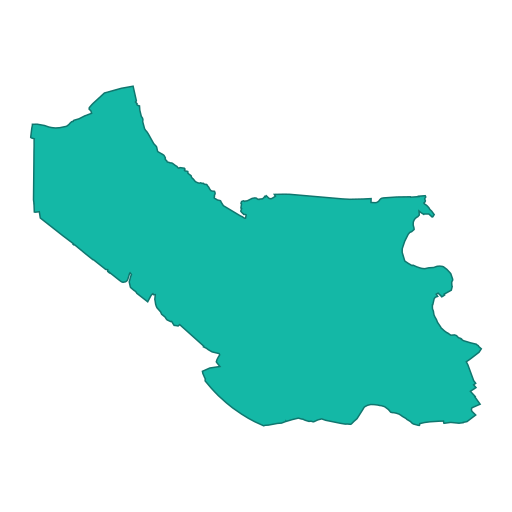 Montferland, Gelderland, Netherlands
{"feature_id": "6326949B90977500398075", "entity_name": "Montferland", "entity_type": "district", "adm_level": 2, "iso_a3": "NLD", "parent_name": "Netherlands", "parent_adm1": "Gelderland", "projection": "mercator", "projection_center": [6.215, 51.924], "detail": "fine", "context": "isolated", "style": "filled", "palette": "teal", "viewbox_px": 512, "rotation_deg": 0, "n_neighbors": 0, "source": "geoboundaries", "source_scale": "gbopen_adm2", "svg_char_len": 5977}
<svg xmlns="http://www.w3.org/2000/svg" viewBox="0 0 512 512"><path d="M133.1,86.2L121.3,88.3L104.4,93.0L93.3,103.2L91.9,104.6L89.3,107.6L89.1,109.1L91.0,111.0L91.6,113.3L84.7,115.9L79.0,118.8L73.9,120.3L73.5,120.7L73.1,121.1L73.1,121.4L71.7,121.7L70.4,122.8L68.8,124.6L66.5,126.3L59.8,127.7L55.5,128.0L51.8,127.6L48.8,127.0L44.5,125.5L37.2,124.2L32.4,124.3L32.4,124.7L32.3,125.8L31.8,128.1L30.7,137.3L30.8,137.5L31.6,138.0L34.3,138.8L34.2,139.1L34.1,140.2L34.1,146.6L34.0,150.8L33.9,163.3L33.5,199.8L33.9,202.8L33.9,203.7L34.0,203.7L34.3,212.0L35.2,212.2L37.0,212.0L39.3,211.7L40.3,218.0L63.2,236.0L73.6,243.9L73.6,244.1L73.2,244.4L73.6,244.7L73.8,244.9L74.5,244.9L75.0,245.1L86.0,254.2L92.9,259.7L93.3,259.6L103.9,268.0L105.6,269.4L107.7,269.6L107.6,271.1L107.8,271.5L108.5,272.1L108.5,271.5L108.9,271.8L108.9,272.4L109.5,272.8L109.5,272.4L119.3,280.2L121.5,281.8L123.0,282.3L125.5,281.8L126.6,281.1L127.4,280.1L127.8,279.3L129.4,274.0L129.7,273.3L130.1,272.8L131.0,273.9L131.5,274.7L130.9,275.8L129.2,281.9L130.4,287.2L130.8,287.7L134.1,290.5L134.5,290.6L136.3,292.3L136.8,293.3L147.7,301.8L150.6,296.3L151.1,295.4L151.8,294.6L152.9,293.7L153.6,294.7L155.3,294.6L154.8,299.4L155.1,300.7L155.6,304.1L156.3,306.3L157.0,307.8L160.6,311.9L161.6,314.2L165.1,317.1L166.2,318.9L167.1,319.9L170.7,321.6L171.6,321.4L174.1,325.4L176.2,325.6L178.1,326.0L179.7,324.6L203.7,346.1L203.4,346.8L206.5,348.3L208.3,349.7L212.1,351.9L219.2,353.6L219.7,354.9L218.3,357.1L217.0,359.6L216.3,361.8L216.5,362.2L217.4,363.4L219.9,366.5L209.8,368.0L202.4,371.3L202.9,373.6L204.7,377.8L205.4,378.9L205.1,379.8L205.2,381.0L211.1,388.0L214.7,391.9L218.4,395.7L226.4,402.9L232.6,407.9L241.4,414.0L248.2,418.2L254.7,421.7L263.7,425.8L265.1,425.3L268.4,425.1L277.5,423.4L281.5,423.1L286.0,421.4L286.0,421.2L286.2,421.4L292.2,419.6L298.4,418.1L301.4,419.0L302.9,419.2L305.0,420.2L308.9,421.4L311.2,421.2L312.6,421.7L313.7,421.8L317.8,419.9L321.7,418.9L325.7,420.3L340.9,423.4L345.3,424.1L347.2,424.0L350.6,424.3L351.3,424.0L354.0,421.3L357.0,418.7L363.4,408.6L363.4,408.4L364.5,406.9L367.5,405.3L370.7,404.5L374.1,404.6L377.6,405.0L380.1,405.6L381.1,405.6L384.1,406.5L385.1,407.0L388.4,409.5L390.7,412.2L392.2,412.6L394.0,412.7L396.3,413.2L399.0,414.1L400.5,415.0L402.4,416.4L406.0,418.5L406.9,419.4L410.4,421.5L412.1,423.2L413.4,424.0L418.2,425.3L419.4,425.4L419.6,425.0L419.7,423.7L419.8,423.6L424.6,422.5L429.9,421.8L439.2,421.2L443.5,421.1L443.8,423.1L444.0,423.3L450.7,422.4L459.0,423.2L463.1,422.7L463.1,422.4L467.0,421.6L475.7,415.0L471.9,411.3L471.4,409.6L471.6,408.7L471.9,407.8L480.1,404.2L474.8,396.8L475.2,396.5L470.4,391.3L476.0,387.6L473.6,384.8L475.7,383.3L473.7,380.7L467.9,364.9L466.3,361.8L470.7,358.7L479.0,352.3L481.3,348.8L478.8,346.6L478.2,345.6L477.0,344.9L476.3,344.2L470.5,342.8L463.9,340.8L462.8,340.3L461.1,339.0L461.3,338.8L460.7,338.4L458.5,337.7L456.5,335.6L454.5,334.9L450.8,335.2L447.6,332.9L447.3,333.0L444.4,330.9L441.7,328.4L441.4,328.4L440.6,326.9L437.5,322.3L436.4,319.5L435.0,317.1L434.0,314.9L433.7,313.3L433.4,311.2L432.5,308.9L432.4,307.1L432.4,304.8L432.8,304.7L434.1,298.9L435.1,297.4L435.9,297.0L437.7,296.4L436.2,294.2L438.1,293.1L440.4,295.4L440.6,295.3L441.6,296.8L442.5,296.5L444.6,295.0L444.1,294.2L451.3,290.2L452.2,286.5L451.9,285.6L451.7,283.0L451.8,281.7L452.6,280.4L452.7,279.8L452.6,279.0L450.8,273.7L449.9,272.6L446.8,269.3L443.5,266.8L442.3,266.4L439.7,266.1L437.1,266.3L433.7,267.5L428.8,267.8L424.7,268.7L421.8,268.4L419.9,267.9L416.7,266.8L413.1,265.2L412.7,265.2L412.1,265.6L408.3,263.4L404.9,261.1L404.5,260.1L402.2,252.4L402.2,250.6L402.3,248.5L404.7,241.3L408.2,234.3L409.8,232.4L411.6,231.7L414.1,229.5L414.0,228.1L413.2,225.0L413.3,222.1L414.0,220.3L414.9,218.9L415.4,218.3L417.0,217.1L417.7,216.8L419.3,215.0L419.0,211.0L421.1,212.7L423.8,214.4L424.1,214.0L428.8,214.0L432.1,217.0L432.8,216.8L434.2,214.6L431.7,211.2L429.8,209.4L429.0,207.9L427.4,206.1L426.3,205.1L424.7,204.1L424.0,203.3L423.9,203.0L425.0,201.9L425.3,201.2L425.4,200.9L425.1,200.0L424.7,199.2L424.7,198.6L425.7,197.2L425.6,196.4L425.2,195.7L418.6,196.2L418.8,196.6L410.6,197.2L410.5,196.8L396.8,197.0L383.6,197.9L381.9,198.2L380.9,198.7L380.0,199.5L378.8,201.1L377.8,201.9L376.6,202.5L375.4,202.7L371.0,202.5L371.1,198.6L363.3,199.0L349.8,199.3L342.4,198.9L289.6,194.3L284.3,194.2L274.3,194.4L275.4,196.3L272.0,198.4L271.1,198.7L269.8,198.6L269.0,198.3L268.3,197.7L266.9,196.3L266.2,195.7L265.4,196.8L264.9,196.3L263.7,197.8L262.5,198.8L258.8,199.2L258.9,199.4L258.1,199.4L257.7,199.3L256.5,198.2L254.9,197.9L252.1,198.4L247.3,200.8L245.1,201.1L244.6,201.4L244.0,201.0L243.5,200.8L241.6,201.5L241.1,202.8L241.0,203.5L241.4,203.7L241.5,204.1L240.9,208.0L241.0,208.2L241.6,208.5L240.8,211.1L241.2,211.8L242.7,213.4L243.3,213.7L243.6,214.4L245.3,214.5L246.2,215.0L245.5,218.2L244.5,218.2L241.7,216.4L240.9,216.2L223.4,205.7L221.1,202.1L220.9,201.4L220.5,200.8L219.8,200.5L217.4,200.0L216.4,199.3L214.4,198.2L214.2,197.7L214.5,196.0L214.4,195.3L214.8,194.5L215.1,193.8L215.0,192.6L214.5,191.3L212.3,191.1L211.0,190.7L209.9,189.4L208.6,187.0L207.9,186.3L207.0,184.8L206.1,184.3L205.2,184.4L204.3,184.3L203.7,183.5L203.0,183.2L202.0,183.5L201.2,183.0L200.6,182.8L199.4,183.2L197.8,182.8L195.7,181.8L195.1,181.3L193.2,178.9L192.7,178.6L192.1,178.0L191.4,176.9L191.1,175.7L188.0,173.4L187.9,173.1L187.9,171.7L187.7,171.4L185.1,170.9L184.5,170.4L184.5,169.8L185.0,169.1L184.3,168.2L180.0,167.6L179.0,168.1L178.5,168.1L177.9,167.7L176.9,166.4L175.5,165.6L172.6,163.4L171.8,163.0L169.8,162.8L168.9,162.3L167.9,162.2L167.4,162.0L167.0,161.6L166.7,160.7L165.7,159.9L165.3,159.3L165.1,158.8L165.4,158.1L165.2,157.5L164.0,155.4L163.1,154.7L157.9,151.7L157.5,151.0L156.7,147.3L156.4,146.5L153.7,143.6L148.4,134.1L146.7,131.5L145.7,130.5L144.6,128.8L142.7,121.7L142.9,119.7L142.8,119.1L142.5,118.1L141.3,116.3L139.8,110.2L139.5,105.9L138.4,105.6L137.2,105.0L136.8,104.2L136.8,103.8L137.0,103.6L135.5,102.0L136.4,100.9L133.1,86.2Z" fill="#14b8a6" stroke="#0f766e" stroke-width="1.5"/></svg>